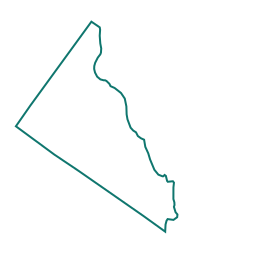 Presque Isle, Michigan, United States of America, rotated 36°
{"feature_id": "52423323B16586012901147", "entity_name": "Presque Isle", "entity_type": "district", "adm_level": 2, "iso_a3": "USA", "parent_name": "United States of America", "parent_adm1": "Michigan", "projection": "orthographic", "projection_center": [-83.792, 45.413], "detail": "fine", "context": "isolated", "style": "outline", "palette": "teal", "viewbox_px": 256, "rotation_deg": 36, "n_neighbors": 0, "source": "geoboundaries", "source_scale": "gbopen_adm2", "svg_char_len": 908}
<svg xmlns="http://www.w3.org/2000/svg" viewBox="0 0 256 256"><g transform="rotate(36 128 128)"><path d="M46.0,63.2L35.9,63.5L35.8,167.3L36.3,192.5L84.1,192.8L114.0,191.7L192.1,190.1L219.0,190.0L215.1,184.0L213.7,180.4L213.6,178.4L218.8,175.6L220.2,171.3L219.4,169.8L218.8,168.9L216.0,168.2L211.5,164.8L210.9,163.0L209.2,160.9L206.5,158.8L199.7,149.4L197.3,145.2L195.6,144.7L191.8,148.1L190.7,147.8L186.8,144.5L185.2,144.5L185.0,146.2L184.3,146.8L180.0,147.9L173.9,146.3L164.4,140.5L159.3,136.6L153.1,133.1L147.9,128.0L144.6,128.7L140.7,128.7L137.0,126.8L133.7,127.0L129.9,126.2L122.5,121.3L118.9,117.8L114.0,111.5L108.1,106.1L101.8,103.8L93.6,103.5L89.3,104.4L87.0,103.2L82.9,102.6L81.3,102.9L80.5,103.6L77.1,104.9L72.9,104.6L68.7,102.5L65.9,100.1L64.3,97.7L63.1,94.5L62.2,88.9L62.3,84.6L61.8,82.9L59.6,79.4L55.9,75.9L50.9,70.0L47.7,64.9L46.0,63.2Z" fill="none" stroke="#0f766e" stroke-width="2"/></g></svg>